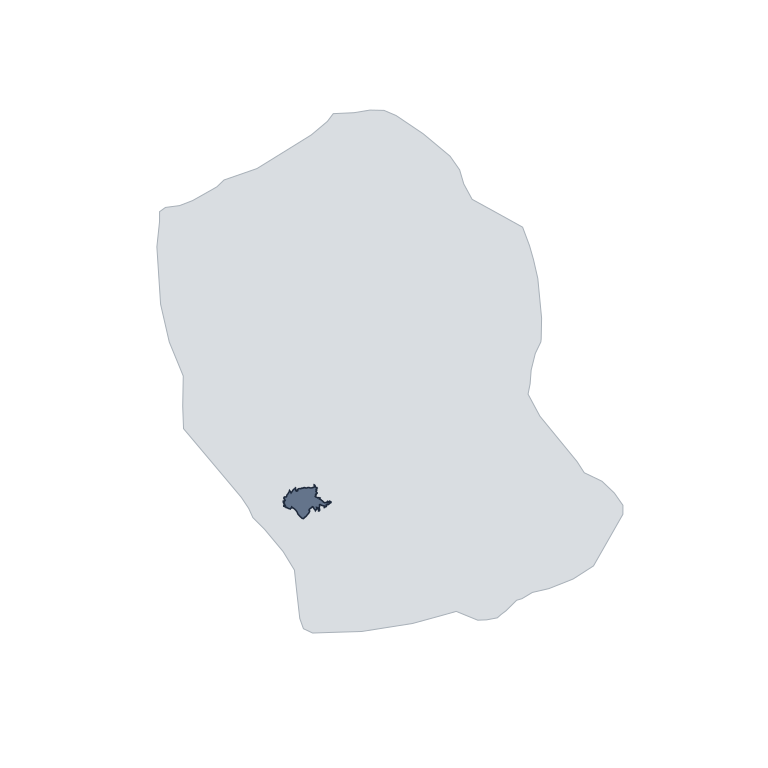 Mohlakeng, Maseru, Lesotho (highlighted), rotated 289°
{"feature_id": "5366337B47747757162469", "entity_name": "Mohlakeng", "entity_type": "district", "adm_level": 2, "iso_a3": "LSO", "parent_name": "Lesotho", "parent_adm1": "Maseru", "projection": "robinson", "projection_center": [27.612, -29.479], "detail": "fine", "context": "in_parent", "style": "filled", "palette": "slate", "viewbox_px": 768, "rotation_deg": 289, "n_neighbors": 0, "source": "geoboundaries", "source_scale": "gbopen_adm2", "svg_char_len": 6653}
<svg xmlns="http://www.w3.org/2000/svg" viewBox="0 0 768 768"><g transform="rotate(289 384 384)"><path d="M497.5,511.6L477.6,518.0L474.8,518.6L462.1,517.1L445.1,518.6L431.7,522.1L421.3,523.5L404.3,541.9L373.5,591.8L365.3,602.2L363.0,621.8L355.9,637.3L347.1,649.4L338.6,652.3L313.0,647.5L280.2,641.3L261.2,626.3L244.2,606.5L235.2,592.1L225.9,584.3L222.7,579.8L209.3,573.2L204.3,569.8L199.8,567.3L194.4,557.8L191.2,549.5L192.5,526.3L183.0,512.6L166.9,489.0L156.7,469.8L142.7,443.4L134.2,420.9L125.3,397.6L126.4,387.5L134.9,380.7L159.7,368.9L178.9,359.9L192.7,343.2L207.7,318.4L215.0,303.5L222.3,296.6L230.3,286.1L244.3,262.8L259.8,236.9L276.5,209.0L297.5,200.9L326.2,191.6L353.8,167.3L386.7,146.8L439.7,124.6L464.5,118.9L473.9,115.7L479.8,119.9L486.1,132.6L495.1,143.3L516.0,161.8L524.8,166.3L546.3,193.7L569.4,212.6L595.9,234.2L613.9,245.0L623.1,248.0L630.7,267.2L638.4,281.5L642.7,294.9L641.8,307.9L633.3,339.7L620.9,372.3L611.1,385.8L599.1,394.3L587.3,407.2L582.8,433.3L577.4,464.0L562.1,476.6L550.2,484.9L533.8,495.1L497.5,511.6Z" fill="#d9dde1" stroke="#a8b0b8" stroke-width="1"/><path d="M266.0,350.7L265.8,350.7L265.4,351.0L265.2,351.2L264.8,351.2L264.5,351.5L264.2,351.5L263.9,351.6L263.5,351.3L263.2,351.0L263.1,350.6L262.9,350.4L262.8,350.1L262.6,350.0L262.3,349.8L262.2,349.4L262.2,349.2L261.9,348.6L261.7,348.1L261.8,347.2L261.6,347.0L261.6,346.7L261.6,346.3L261.4,346.0L261.1,345.3L260.9,345.3L260.5,344.8L260.3,344.3L260.2,344.0L260.2,343.8L260.1,343.6L260.1,343.4L260.3,343.2L260.1,342.6L260.2,342.3L260.0,342.0L259.9,341.9L259.6,341.9L259.5,341.5L259.1,341.3L258.9,341.1L258.9,340.8L258.9,340.6L259.0,340.4L258.9,340.2L258.5,339.9L258.4,339.7L258.2,339.7L258.0,339.3L257.9,339.3L257.9,339.2L257.8,338.9L257.6,338.2L257.5,337.8L257.4,337.6L257.1,337.3L256.9,337.2L256.7,337.1L256.5,336.9L256.4,336.9L256.3,336.7L256.1,336.6L255.9,336.8L255.7,337.0L255.6,336.9L255.4,336.7L255.2,336.8L255.1,336.7L255.0,336.8L254.9,336.9L254.8,337.0L254.7,336.9L254.4,336.7L254.3,336.4L254.1,336.1L254.2,335.8L254.5,335.7L254.5,335.4L254.7,335.1L254.9,335.1L255.0,335.0L255.4,334.9L255.7,334.8L255.9,334.4L256.1,334.4L256.3,334.3L256.5,334.3L256.9,334.3L257.0,334.0L256.2,334.0L255.5,333.3L254.7,332.7L253.8,332.5L253.3,332.3L252.3,332.1L251.8,331.9L250.7,331.6L250.9,331.4L252.0,330.3L252.3,329.7L252.6,329.3L252.3,329.3L252.0,329.5L251.8,329.5L251.6,329.5L250.0,329.1L249.3,329.0L248.7,328.9L248.3,328.7L248.0,328.5L247.5,328.4L246.8,328.4L246.6,328.4L246.4,328.5L245.8,328.5L245.4,328.0L245.2,328.0L245.2,327.7L244.8,326.7L244.6,326.7L244.2,326.3L243.5,326.5L243.6,326.8L243.4,326.9L243.1,326.9L243.0,327.2L242.8,327.6L242.7,327.7L242.3,327.5L242.2,327.6L241.7,328.1L241.8,328.3L241.7,328.4L241.6,328.5L241.3,328.3L241.2,328.2L241.2,327.8L241.2,327.7L240.9,327.6L240.6,327.1L240.4,326.8L240.2,326.9L240.1,327.3L240.4,327.5L240.4,327.9L240.3,328.0L240.2,328.0L240.0,327.9L239.8,327.8L239.7,327.7L239.5,327.3L239.1,327.4L239.0,327.6L239.0,328.1L239.0,328.3L238.9,328.6L238.5,328.4L238.3,328.3L238.2,328.3L237.9,328.5L237.5,329.2L237.4,329.6L237.3,330.0L237.2,330.2L236.9,330.1L236.8,329.7L237.0,329.4L236.9,329.3L236.5,328.9L236.3,328.8L235.8,329.0L235.9,329.4L235.7,329.9L235.8,330.2L235.9,330.3L235.8,330.6L235.7,330.7L235.6,330.8L235.6,331.1L235.6,331.4L235.4,331.6L235.7,331.9L235.6,332.1L235.4,332.2L235.5,332.4L235.6,332.6L235.5,333.0L235.3,333.5L235.2,333.9L235.3,334.2L235.2,334.4L235.2,334.7L235.2,334.9L235.3,335.1L235.3,335.6L235.3,335.9L235.3,336.1L235.5,336.1L235.8,336.1L236.3,336.4L236.4,336.6L236.7,336.7L236.8,337.0L237.0,336.9L237.3,336.9L237.7,336.8L236.7,340.1L235.8,341.9L235.3,342.6L234.8,343.3L234.2,344.0L233.7,344.3L233.1,344.8L232.6,345.6L231.4,347.8L230.8,349.2L230.3,350.3L230.5,351.7L231.0,351.8L231.5,352.3L232.2,352.4L232.4,352.5L232.6,352.9L232.9,353.1L233.4,353.3L234.1,353.7L234.7,353.8L236.2,354.4L236.7,354.6L237.1,354.9L237.5,354.8L237.9,354.9L238.7,355.1L239.3,355.2L239.7,354.9L240.0,354.9L240.1,354.7L240.1,354.3L240.7,354.1L241.3,354.2L241.7,354.6L242.3,354.7L242.5,354.9L242.7,355.0L243.0,355.4L243.3,355.7L243.6,355.9L244.7,356.1L244.8,356.7L244.6,356.9L244.4,357.0L244.3,357.4L244.1,357.7L243.8,357.8L243.2,358.6L243.0,358.9L243.0,359.2L242.8,359.4L242.8,359.6L242.5,359.8L242.5,360.0L241.9,360.4L242.2,360.5L242.5,360.4L242.5,360.6L242.9,360.8L243.3,360.9L243.5,361.1L244.4,361.1L244.7,361.0L244.9,360.9L245.0,360.7L245.4,360.4L245.5,360.9L245.2,361.6L244.8,362.2L244.4,362.4L244.1,362.8L243.3,363.2L243.0,363.3L242.6,363.4L242.6,363.6L242.8,363.9L243.0,363.9L243.1,364.2L243.4,364.3L243.9,364.2L244.3,364.0L244.5,364.0L244.9,363.8L245.1,363.5L245.5,363.3L245.5,363.1L246.1,362.7L246.7,363.0L247.1,363.0L247.7,362.8L248.5,362.4L248.8,362.3L249.0,362.4L249.3,362.7L249.2,363.1L249.2,363.6L249.0,363.9L248.9,364.5L249.1,364.7L249.0,365.0L249.1,365.3L249.0,365.5L249.0,366.0L249.1,366.3L249.3,366.7L249.3,366.9L249.3,367.1L248.6,367.4L247.7,367.7L247.8,368.0L248.1,368.0L248.3,368.0L248.7,368.2L248.7,368.4L249.0,369.0L249.3,369.3L249.5,369.4L249.8,369.2L250.1,369.1L250.0,368.9L250.4,368.7L250.6,368.8L250.7,369.0L250.8,368.9L250.9,369.1L251.1,369.1L251.2,369.4L251.9,370.4L251.9,370.7L252.6,371.0L252.8,371.1L252.9,371.3L253.1,371.3L253.3,371.4L253.6,371.6L253.7,371.8L254.2,372.0L254.6,372.5L255.2,372.4L255.2,372.0L255.4,371.5L255.1,371.4L255.1,371.1L255.3,370.7L255.1,370.7L254.9,370.8L254.7,370.8L254.6,370.5L254.6,370.3L254.4,370.3L254.1,370.5L254.0,370.4L254.1,370.2L254.1,369.9L254.3,369.7L254.5,369.3L254.6,369.1L254.8,368.9L254.7,368.8L254.2,368.9L254.1,368.7L253.9,368.8L253.7,369.1L253.3,369.1L253.2,369.1L253.0,368.8L253.3,368.3L253.3,368.1L253.2,367.9L252.4,366.5L252.5,365.8L252.6,365.7L252.6,365.4L252.8,365.2L252.8,364.9L252.9,364.7L253.1,364.5L253.3,364.2L253.5,363.8L253.5,363.4L253.6,363.1L253.7,362.7L253.8,362.6L254.1,362.0L254.2,361.7L254.1,361.4L254.3,360.9L254.5,360.8L254.4,360.6L255.4,360.7L255.3,359.9L255.4,359.6L255.3,359.1L255.0,358.9L254.9,358.8L254.7,358.7L254.9,358.3L254.9,357.7L255.0,357.3L255.0,357.0L254.9,356.7L255.0,356.2L255.1,355.8L255.2,355.6L255.4,355.7L255.6,355.8L256.1,355.9L256.3,355.9L256.8,355.9L256.6,355.7L256.4,355.6L256.5,355.4L256.8,355.4L257.1,355.4L257.4,355.2L257.9,355.4L258.5,356.0L258.7,356.3L259.0,356.4L259.4,356.2L259.4,355.9L260.0,354.8L260.2,354.6L260.5,354.6L260.6,354.8L260.8,355.0L261.6,355.0L261.8,354.9L261.9,354.7L261.7,354.5L261.8,354.2L262.0,354.1L262.3,354.3L262.7,354.6L263.2,354.5L263.4,354.4L263.9,354.7L264.1,354.4L263.9,354.3L263.7,354.0L263.7,353.6L263.9,353.5L264.2,353.1L264.7,352.5L265.0,352.2L265.1,351.9L265.3,351.7L265.6,351.7L265.6,351.3L265.9,351.1L266.0,350.7Z" fill="#64748b" stroke="#1e293b" stroke-width="1.5"/></g></svg>